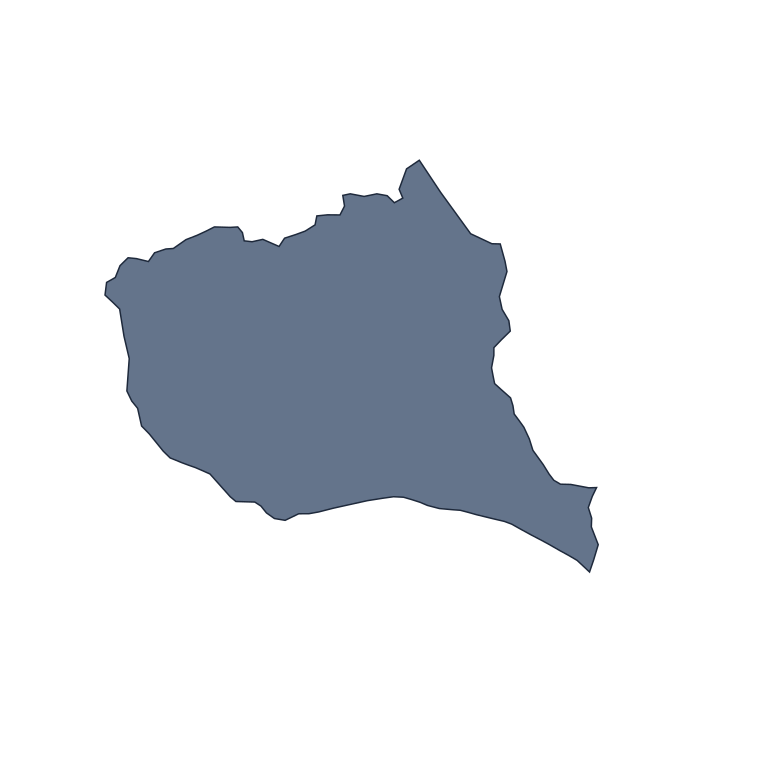 Quatro Barras, Paraná, Brazil (Mercator projection), rotated 220°
{"feature_id": "56859067B35023448273735", "entity_name": "Quatro Barras", "entity_type": "district", "adm_level": 2, "iso_a3": "BRA", "parent_name": "Brazil", "parent_adm1": "Paraná", "projection": "mercator", "projection_center": [-49.007, -25.374], "detail": "fine", "context": "isolated", "style": "filled", "palette": "slate", "viewbox_px": 768, "rotation_deg": 220, "n_neighbors": 0, "source": "geoboundaries", "source_scale": "gbopen_adm2", "svg_char_len": 1695}
<svg xmlns="http://www.w3.org/2000/svg" viewBox="0 0 768 768"><g transform="rotate(220 384 384)"><path d="M105.7,372.1L110.4,384.2L116.6,398.6L133.3,407.8L138.7,414.7L148.1,420.7L152.2,431.8L154.6,441.3L160.4,436.1L176.4,427.1L184.4,420.7L192.0,419.4L199.6,421.1L210.2,424.6L227.3,428.9L237.3,435.3L249.1,440.8L256.5,442.7L265.0,444.7L271.2,450.2L278.1,454.7L291.3,455.1L299.5,455.4L305.4,460.1L312.0,465.5L318.2,476.5L323.2,482.5L322.5,493.3L321.3,505.7L329.0,512.7L341.5,517.1L351.8,525.1L362.1,549.2L370.2,555.8L385.0,566.0L391.5,560.8L414.2,554.8L464.1,567.3L500.8,578.1L505.0,563.3L497.6,542.9L489.1,538.5L492.6,529.5L502.6,530.3L511.7,525.1L519.8,514.9L532.1,508.0L536.8,502.0L528.6,494.9L526.4,485.2L536.0,477.3L543.5,469.6L539.1,461.6L542.7,450.4L547.7,441.7L553.9,431.8L552.8,421.9L569.8,416.9L576.5,408.2L583.1,403.8L589.8,409.0L597.0,410.3L602.5,405.1L614.9,395.3L618.8,386.2L622.8,377.7L628.5,367.3L632.5,352.4L637.9,347.2L644.1,337.1L643.2,326.4L654.3,320.9L661.2,316.2L662.3,305.0L658.3,292.9L661.8,283.5L654.9,272.8L645.2,272.3L634.7,271.5L613.8,253.4L595.5,239.7L576.5,213.4L566.3,208.8L557.1,207.0L542.7,196.0L531.8,194.9L509.7,190.6L500.3,189.9L488.2,193.8L481.2,196.3L474.6,198.8L459.5,203.2L429.3,198.8L421.9,198.8L407.1,210.5L399.8,211.4L391.2,209.7L381.5,210.5L372.1,216.0L365.9,229.8L358.2,236.3L351.8,244.0L342.9,256.4L334.0,268.0L321.7,284.0L311.6,295.6L304.2,303.8L296.3,309.8L288.6,313.2L280.5,316.5L272.7,318.9L261.5,324.2L250.9,331.6L244.4,336.3L237.0,339.8L229.2,343.3L213.6,351.0L203.5,356.1L196.2,358.7L184.6,360.9L173.7,363.1L166.0,364.8L156.1,366.9L141.7,369.5L132.8,371.3L122.8,373.0L105.7,372.1Z" fill="#64748b" stroke="#1e293b" stroke-width="1.5"/></g></svg>